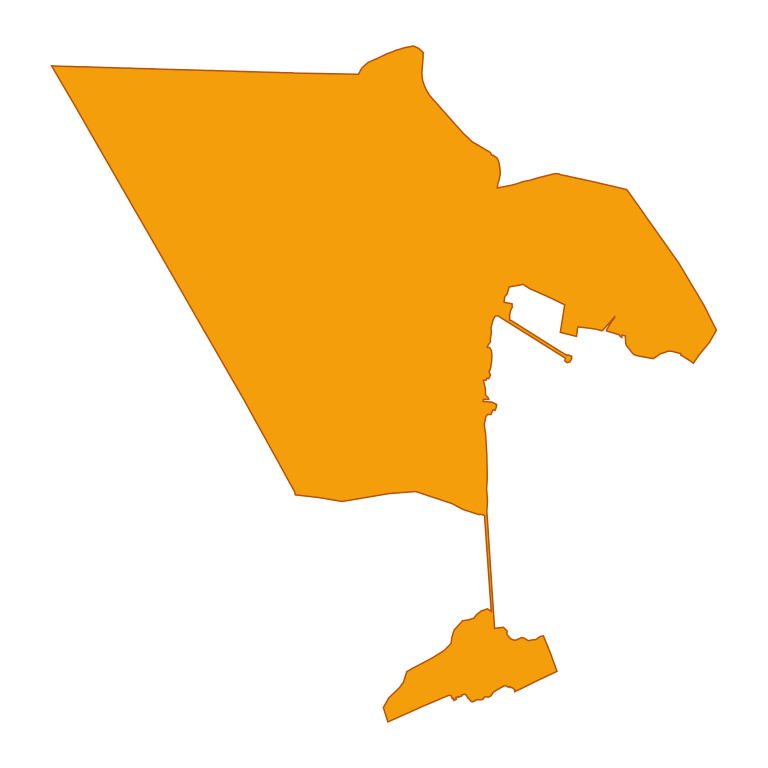 Al Mansurah, `Adan, Yemen
{"feature_id": "15242507B60312566406637", "entity_name": "Al Mansurah", "entity_type": "district", "adm_level": 2, "iso_a3": "YEM", "parent_name": "Yemen", "parent_adm1": "`Adan", "projection": "natural_earth1", "projection_center": [44.982, 12.841], "detail": "fine", "context": "isolated", "style": "filled", "palette": "amber", "viewbox_px": 768, "rotation_deg": 0, "n_neighbors": 0, "source": "geoboundaries", "source_scale": "gbopen_adm2", "svg_char_len": 5468}
<svg xmlns="http://www.w3.org/2000/svg" viewBox="0 0 768 768"><path d="M571.6,358.8L571.7,356.3L567.9,354.8L567.0,355.4L561.7,352.3L525.5,329.5L515.6,323.2L510.9,320.3L509.5,320.2L509.5,318.3L509.9,317.2L509.5,316.0L510.4,311.4L511.4,308.3L512.5,307.5L512.1,305.7L512.1,303.8L504.1,302.3L504.7,296.9L507.2,293.9L509.1,287.0L523.1,284.4L529.8,288.7L547.5,296.5L564.7,304.8L560.3,332.4L576.5,336.4L577.8,326.9L588.6,328.1L596.2,329.2L601.7,330.8L602.9,330.2L608.4,324.0L614.6,316.8L614.7,317.8L611.3,322.1L609.2,325.6L606.5,330.0L606.6,331.0L609.0,331.7L618.8,334.6L620.7,336.8L621.7,337.4L621.8,335.3L625.3,335.8L625.7,343.2L626.5,345.7L633.5,354.4L637.6,355.8L653.2,358.7L656.0,356.9L660.5,353.7L664.6,352.6L668.0,351.1L672.0,351.3L680.9,353.7L680.9,355.3L682.9,356.3L689.3,360.3L693.4,363.2L699.0,355.0L699.8,354.1L700.6,353.2L702.6,350.6L704.7,348.1L705.9,346.8L707.0,345.4L707.6,344.6L708.7,343.2L709.5,342.3L712.1,337.7L714.0,334.4L716.4,330.1L714.9,327.2L703.9,305.2L681.2,267.1L678.6,262.8L653.0,226.6L645.4,215.9L640.9,209.4L626.8,189.6L595.8,182.3L580.8,179.0L576.0,178.0L569.5,176.6L568.7,176.4L567.7,176.1L566.2,175.8L564.7,175.6L563.1,175.2L561.3,174.9L560.4,174.7L559.0,173.9L555.0,173.6L554.6,173.7L553.5,174.0L541.6,176.9L539.5,177.4L537.5,178.0L529.8,180.3L523.4,181.5L516.0,184.0L511.5,185.2L497.2,188.0L497.5,186.3L498.1,182.6L499.0,180.4L499.3,178.5L500.3,174.2L500.0,168.8L499.2,164.0L498.5,161.0L496.9,157.8L493.1,155.3L491.6,155.0L491.0,153.6L490.3,152.4L487.9,151.0L486.5,150.2L483.5,148.5L481.3,147.1L479.9,146.3L479.0,145.7L476.0,144.0L472.2,141.8L471.2,140.8L469.2,139.0L467.7,137.4L466.3,136.2L464.8,134.8L463.3,133.4L460.2,129.9L453.3,122.2L446.9,114.9L445.7,113.6L442.4,109.9L432.6,98.8L431.4,97.5L430.9,96.8L429.3,95.0L427.6,92.1L427.4,91.7L427.1,91.1L426.2,89.7L425.2,87.7L424.9,86.9L424.3,85.3L423.6,83.3L423.0,81.6L422.6,80.4L422.5,78.9L422.4,78.3L422.3,78.1L422.2,77.4L422.1,76.5L422.0,74.2L421.9,72.1L422.5,65.4L423.1,57.0L423.1,55.5L423.1,53.5L423.5,52.9L421.7,50.9L420.8,50.2L419.5,49.2L419.0,48.5L417.1,47.6L416.4,47.3L415.9,47.1L414.2,46.2L412.6,46.1L408.6,47.0L407.5,47.1L405.2,47.6L404.0,47.9L401.2,48.8L398.7,49.5L397.3,49.9L395.3,50.5L394.9,50.7L393.5,51.3L391.6,52.1L388.4,53.2L387.4,53.7L386.5,53.9L386.0,54.3L385.3,54.6L384.4,55.0L380.7,56.8L378.8,57.7L367.9,62.5L367.6,62.9L362.0,67.8L359.3,72.6L358.3,74.3L353.1,74.2L350.6,74.1L332.0,73.8L324.6,73.6L293.5,73.1L293.0,72.8L291.4,72.8L288.9,72.8L283.6,72.7L280.8,72.6L280.1,72.6L279.3,72.5L275.1,72.4L270.8,72.3L266.5,72.2L262.2,72.1L257.9,71.9L253.8,71.8L249.7,71.8L245.4,71.5L241.2,71.5L238.2,71.4L237.4,71.3L233.3,71.2L229.1,71.1L224.8,71.0L220.5,70.8L216.4,70.7L212.1,70.5L207.8,70.5L202.1,70.3L188.6,69.9L187.3,69.8L184.6,69.8L180.6,69.7L176.3,69.6L172.2,69.4L168.0,69.4L166.6,69.3L163.8,69.2L159.5,69.1L155.3,68.9L151.0,68.9L146.8,68.7L142.6,68.6L138.5,68.5L136.0,68.4L134.3,68.4L130.2,68.1L125.9,68.1L121.8,68.0L117.6,67.9L113.5,67.7L109.2,67.6L105.0,67.5L101.2,67.4L98.4,67.3L93.7,67.2L88.0,66.9L82.6,66.8L79.0,66.8L75.6,66.7L72.1,66.5L68.5,66.4L66.6,66.4L64.9,66.4L61.7,66.3L51.8,65.9L51.6,65.9L52.2,66.9L53.9,69.8L64.2,87.4L73.0,102.4L125.6,194.0L127.2,196.7L133.5,207.8L138.2,215.9L140.2,219.3L145.8,229.1L160.2,254.1L187.6,301.9L198.0,320.1L208.0,337.4L214.6,348.8L223.0,363.4L230.3,376.2L235.0,384.3L244.3,400.4L249.7,410.3L257.4,424.2L258.1,425.6L263.6,435.4L280.8,466.6L282.3,469.4L288.6,480.8L294.7,491.8L295.3,494.9L318.6,497.5L342.2,501.5L388.8,493.6L415.6,491.5L434.6,497.8L452.0,503.6L463.1,509.5L475.4,513.5L479.1,514.6L481.7,514.4L484.7,515.6L484.7,518.4L491.2,611.3L487.4,608.8L481.2,611.0L476.6,614.6L473.8,618.2L468.0,620.0L462.7,620.7L454.1,630.1L452.0,636.8L451.0,643.4L444.5,650.3L431.8,658.2L412.8,668.2L406.8,671.6L403.5,682.0L399.5,687.6L388.8,697.9L383.3,707.6L387.9,721.9L402.5,715.4L423.5,706.0L448.5,695.4L449.7,695.5L450.8,695.5L451.5,696.6L452.3,698.8L453.4,698.4L453.9,700.5L456.4,699.4L455.7,697.5L458.1,696.6L458.3,697.3L461.9,695.9L461.7,695.1L463.4,694.6L463.9,694.1L464.6,694.2L466.0,694.9L466.3,695.6L466.7,696.0L468.1,698.2L468.8,698.5L470.6,700.9L471.3,701.6L472.4,701.9L473.8,701.3L477.0,699.7L478.7,699.7L480.3,699.9L482.1,699.5L482.9,699.3L483.8,698.1L484.2,697.3L484.8,696.9L485.7,696.7L486.4,696.8L488.2,697.3L491.2,695.7L493.1,692.5L496.7,690.0L503.2,686.4L504.1,685.8L505.2,685.9L505.9,685.9L506.7,686.1L507.5,686.7L508.3,687.2L510.1,686.6L510.3,687.5L511.8,687.6L512.7,688.0L514.6,689.6L515.2,690.6L515.1,690.9L514.5,691.2L514.7,691.7L523.5,687.5L536.7,680.9L546.9,676.1L557.0,671.4L550.1,652.2L543.4,635.9L540.1,636.5L535.8,639.6L532.2,639.9L528.2,640.7L524.6,638.3L521.5,637.5L516.1,640.1L513.6,640.1L510.5,638.6L508.7,636.5L506.9,634.4L507.1,631.0L503.5,627.3L494.6,628.4L492.1,591.4L487.0,513.4L486.8,511.8L487.5,500.9L486.6,488.7L487.2,479.4L487.2,472.4L486.8,454.3L485.6,434.2L484.5,426.5L484.3,424.1L485.2,420.0L485.8,416.8L487.4,414.5L491.0,414.5L492.8,410.0L495.0,410.5L496.2,407.7L496.6,404.5L492.3,402.2L483.2,401.4L483.5,399.3L488.8,399.5L488.2,397.8L485.6,395.1L485.4,388.8L483.4,380.2L486.3,380.2L487.2,378.1L488.8,378.6L490.5,374.9L489.2,372.3L489.2,370.7L490.3,369.7L490.8,366.8L491.7,360.8L491.9,355.6L491.5,350.7L489.6,347.6L487.2,347.2L488.1,345.1L489.4,343.3L490.5,341.7L490.5,338.3L491.4,332.3L491.0,327.5L493.0,320.2L494.4,317.3L495.7,316.0L497.5,315.6L509.6,323.2L563.3,356.9L565.4,358.3L564.8,360.7L567.0,362.7L569.8,361.9L571.6,358.8Z" fill="#f59e0b" stroke="#b45309" stroke-width="1.5"/></svg>